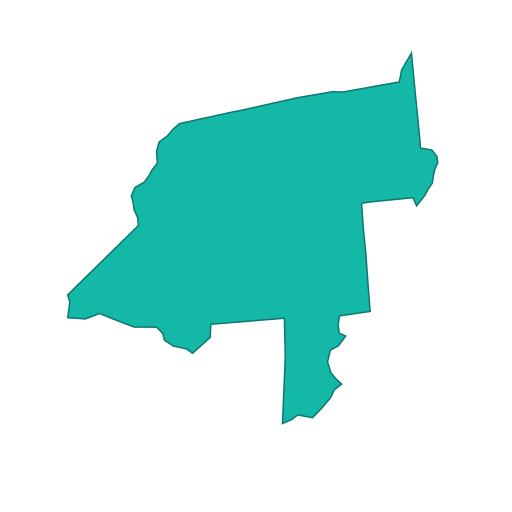 Santa Maria do Herval, Rio Grande do Sul, Brazil (Mercator projection), rotated 259°
{"feature_id": "56859067B89103119002015", "entity_name": "Santa Maria do Herval", "entity_type": "district", "adm_level": 2, "iso_a3": "BRA", "parent_name": "Brazil", "parent_adm1": "Rio Grande do Sul", "projection": "mercator", "projection_center": [-50.978, -29.471], "detail": "fine", "context": "isolated", "style": "filled", "palette": "teal", "viewbox_px": 512, "rotation_deg": 259, "n_neighbors": 0, "source": "geoboundaries", "source_scale": "gbopen_adm2", "svg_char_len": 1096}
<svg xmlns="http://www.w3.org/2000/svg" viewBox="0 0 512 512"><g transform="rotate(259 256 256)"><path d="M253.8,63.7L246.3,64.4L231.3,59.4L226.8,76.6L229.4,91.5L218.4,108.4L209.5,122.9L205.1,144.8L197.9,149.6L190.7,150.1L183.2,157.9L178.1,170.1L172.6,175.1L184.8,195.5L197.6,198.6L189.5,272.0L150.4,265.3L86.5,250.0L88.8,260.1L92.0,266.7L86.5,280.6L94.6,292.2L102.7,302.2L109.6,307.2L113.9,315.6L119.9,311.2L127.1,307.2L138.4,306.0L149.5,311.2L152.1,319.8L160.3,328.7L164.3,323.0L172.6,323.4L181.3,326.5L179.8,357.5L206.3,360.5L238.5,364.4L261.5,366.5L287.6,369.7L287.2,379.1L283.3,421.3L274.5,423.2L283.6,433.6L288.8,437.7L293.9,443.0L300.2,445.1L306.7,448.0L313.1,452.3L319.3,452.6L326.4,448.9L330.6,438.0L340.5,439.2L375.8,442.5L425.5,447.3L410.8,434.4L399.5,429.9L399.8,413.0L400.4,372.4L402.7,362.2L403.5,327.2L401.8,268.3L401.8,257.4L400.6,206.3L396.2,198.6L390.7,191.8L386.5,182.8L377.8,178.4L366.0,176.9L360.6,170.6L355.0,166.1L349.6,160.1L346.5,150.4L338.8,145.1L331.7,145.6L324.8,145.1L316.0,147.2L308.3,146.3L253.8,63.7Z" fill="#14b8a6" stroke="#0f766e" stroke-width="1.5"/></g></svg>